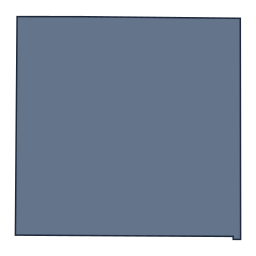 Jones, Texas, United States of America
{"feature_id": "52423323B81114604697536", "entity_name": "Jones", "entity_type": "district", "adm_level": 2, "iso_a3": "USA", "parent_name": "United States of America", "parent_adm1": "Texas", "projection": "orthographic", "projection_center": [-99.797, 32.737], "detail": "fine", "context": "isolated", "style": "filled", "palette": "slate", "viewbox_px": 256, "rotation_deg": 0, "n_neighbors": 0, "source": "geoboundaries", "source_scale": "gbopen_adm2", "svg_char_len": 221}
<svg xmlns="http://www.w3.org/2000/svg" viewBox="0 0 256 256"><path d="M240.3,18.3L82.2,16.7L17.1,16.6L15.4,235.1L233.2,236.4L233.2,239.4L240.6,239.4L240.3,18.3Z" fill="#64748b" stroke="#1e293b" stroke-width="1.5"/></svg>